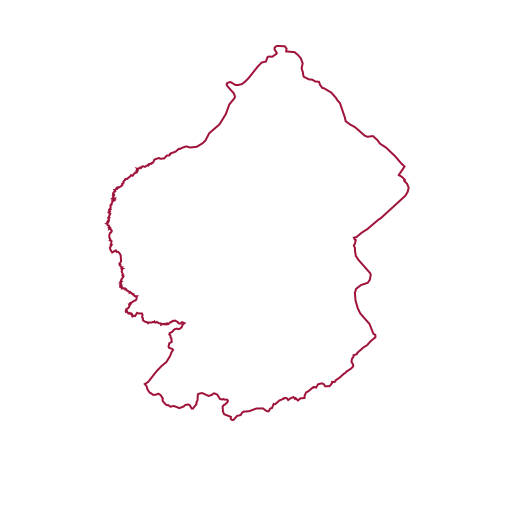 Khiri Mat, Sukhothai, Thailand, rotated 45°
{"feature_id": "78962969B829046276221", "entity_name": "Khiri Mat", "entity_type": "district", "adm_level": 2, "iso_a3": "THA", "parent_name": "Thailand", "parent_adm1": "Sukhothai", "projection": "natural_earth1", "projection_center": [99.689, 16.826], "detail": "fine", "context": "isolated", "style": "outline", "palette": "rose", "viewbox_px": 512, "rotation_deg": 45, "n_neighbors": 0, "source": "geoboundaries", "source_scale": "gbopen_adm2", "svg_char_len": 6118}
<svg xmlns="http://www.w3.org/2000/svg" viewBox="0 0 512 512"><g transform="rotate(45 256 256)"><path d="M109.8,304.9L109.9,305.4L110.3,305.4L110.3,306.5L109.4,306.4L109.9,308.9L109.3,309.4L110.7,309.9L110.3,310.7L110.6,312.8L111.2,313.3L112.3,312.9L112.8,313.7L112.2,314.5L113.7,315.3L113.7,317.2L114.8,316.6L115.6,315.3L115.9,316.6L116.6,316.3L116.5,317.3L115.4,318.6L116.4,319.6L117.0,321.6L117.6,321.9L117.3,323.2L119.1,324.6L119.3,326.1L119.9,326.0L119.4,327.0L119.6,327.5L120.7,327.6L120.8,328.9L121.6,328.3L121.9,329.3L122.5,329.8L123.2,329.4L124.4,333.0L125.0,332.8L124.8,333.7L125.8,334.0L126.2,334.7L126.7,334.6L127.3,335.8L126.5,335.8L126.6,336.7L127.0,337.3L127.6,336.9L127.9,337.8L127.6,338.6L128.0,338.4L129.3,339.1L130.6,338.5L131.5,338.9L131.7,340.0L132.5,339.7L133.0,340.6L133.4,339.3L134.4,340.0L136.2,340.1L136.9,341.7L136.5,342.4L136.6,343.4L138.0,345.5L139.5,346.8L141.1,347.1L141.5,348.3L143.2,347.6L145.0,349.8L145.3,351.0L145.8,351.2L146.2,350.7L146.9,353.5L148.9,354.6L151.8,355.2L152.9,351.2L154.5,351.7L155.4,350.6L157.1,350.5L159.8,351.2L164.5,355.3L164.9,358.2L165.8,358.7L166.3,358.2L166.7,358.9L169.0,359.1L169.3,358.7L169.8,359.6L170.5,359.2L170.2,360.0L170.9,359.8L171.7,361.7L175.1,363.3L175.2,363.9L175.8,363.6L176.0,364.2L176.8,364.2L177.4,367.7L177.8,368.8L178.3,368.8L178.6,370.6L179.0,370.1L179.0,371.0L179.9,370.9L181.2,371.6L180.7,372.2L181.7,372.3L181.2,373.2L181.7,373.9L183.6,373.0L184.0,373.6L184.3,372.9L184.8,373.1L186.2,371.6L187.2,372.2L187.7,371.3L189.3,371.7L191.6,370.8L192.5,371.4L192.6,370.4L194.0,370.5L195.1,370.0L195.5,370.4L196.5,370.2L196.6,369.7L198.4,370.2L200.1,368.8L200.0,369.6L201.2,369.9L202.1,371.4L202.2,372.6L201.4,374.0L201.1,376.6L200.4,377.8L201.1,378.3L200.6,378.8L201.0,379.3L200.5,379.9L201.7,380.3L201.8,381.3L202.4,381.8L202.4,384.0L201.8,385.2L202.8,386.9L203.5,386.3L203.9,387.2L204.4,386.5L206.4,386.9L207.0,385.5L208.1,385.9L208.6,384.7L210.0,384.9L210.2,385.6L211.4,386.2L212.1,384.6L213.0,383.9L212.1,380.3L213.4,379.8L216.0,377.3L217.3,377.8L218.8,379.8L220.2,380.0L221.0,381.1L221.9,381.4L224.4,380.8L225.7,379.8L227.2,379.9L227.2,378.8L229.3,376.8L229.7,375.5L230.8,374.9L230.6,374.1L231.6,374.3L232.3,373.9L232.6,372.6L234.6,372.4L236.4,371.0L237.0,370.9L237.6,371.6L238.1,370.0L239.2,369.4L239.1,368.8L240.0,367.9L240.3,368.3L241.0,367.8L240.8,366.6L241.7,366.8L242.1,366.3L242.3,363.2L242.9,362.7L242.9,360.7L243.8,360.1L244.4,358.9L247.6,358.0L248.9,358.4L250.6,356.9L250.3,355.8L250.6,355.0L252.9,354.1L252.7,356.4L253.8,359.0L253.7,360.7L252.9,362.6L251.4,363.3L250.5,364.9L250.1,366.3L250.4,369.0L249.5,371.5L250.2,372.8L251.5,372.7L253.5,374.1L254.3,374.0L257.2,376.4L256.4,379.0L258.2,381.9L259.5,382.4L262.3,381.0L263.8,381.1L264.4,384.1L265.9,387.2L267.6,394.3L267.0,401.0L267.2,408.0L268.8,421.3L267.9,425.2L270.3,425.3L274.0,427.2L277.7,427.8L278.9,427.2L281.2,427.1L283.1,425.2L284.3,422.4L287.0,421.8L291.0,422.7L291.4,423.7L292.9,424.6L297.0,424.8L298.6,424.4L299.4,423.5L302.0,423.1L303.9,420.2L309.4,417.7L311.2,413.7L311.4,411.3L313.0,408.9L314.7,408.4L318.5,409.3L319.3,408.6L318.6,402.7L317.6,402.0L316.5,399.1L313.2,395.6L312.7,394.5L313.9,392.2L315.0,390.9L321.4,388.5L323.0,385.5L323.1,383.6L323.8,382.5L326.7,381.4L331.8,382.6L333.7,381.2L334.1,380.2L335.0,380.0L337.0,378.1L338.1,378.0L338.8,378.5L339.2,380.2L339.1,383.1L338.6,384.1L338.9,386.1L342.5,389.3L345.4,390.4L352.0,387.5L353.3,389.1L355.2,388.8L356.0,387.6L355.7,382.4L357.6,379.4L357.0,376.5L357.3,374.8L360.9,370.6L364.1,363.6L368.6,358.9L373.3,358.1L374.5,357.2L374.7,356.4L373.9,354.0L374.8,352.2L373.1,348.1L374.3,347.4L374.7,341.7L376.5,337.3L376.2,337.0L377.1,335.6L378.3,334.8L380.6,335.1L380.9,332.8L382.2,329.3L384.6,329.5L384.5,328.5L387.8,328.5L388.1,325.2L390.7,322.1L389.1,320.3L387.9,317.0L388.7,314.3L389.2,308.4L389.7,308.4L390.0,307.2L391.5,306.6L390.6,302.8L392.6,299.5L394.4,298.7L397.1,299.2L399.8,296.3L400.1,295.4L399.6,292.1L398.8,291.3L400.6,289.7L400.6,287.9L400.2,287.5L401.1,283.2L401.4,277.1L401.9,275.6L401.6,274.2L402.8,268.6L402.8,265.4L401.6,264.2L398.3,263.3L396.5,260.7L396.3,258.5L395.1,257.2L396.7,254.2L396.1,252.7L396.6,244.9L397.6,240.4L397.3,235.0L397.9,229.0L396.1,227.4L394.0,228.0L384.3,223.8L370.4,222.9L365.1,221.1L358.0,217.2L352.0,212.2L350.0,208.4L350.8,202.3L354.0,195.9L353.3,192.4L350.5,188.2L348.8,187.4L331.2,186.3L326.6,185.4L321.7,181.9L320.7,180.6L317.7,179.3L317.3,177.5L315.3,174.2L314.1,174.5L312.3,173.8L313.6,171.8L314.3,164.5L315.7,158.5L316.9,143.5L317.5,141.3L319.0,107.7L317.8,103.2L315.7,99.8L311.8,98.1L307.6,98.0L307.5,96.9L303.2,96.9L299.7,97.8L297.8,87.7L292.9,87.8L284.1,87.1L271.2,87.4L264.2,88.9L259.9,88.2L253.9,88.5L250.5,92.9L247.9,94.0L235.0,94.9L229.3,96.5L224.1,97.3L220.6,95.1L207.4,88.6L202.3,88.2L201.4,87.7L193.8,87.2L185.5,89.3L184.1,90.3L180.3,89.7L177.4,88.3L174.3,90.8L171.1,91.5L168.7,93.6L163.4,95.4L162.2,95.2L159.2,92.9L155.6,91.1L152.8,86.8L147.8,84.5L143.4,84.2L139.1,84.6L132.7,90.0L130.9,87.7L128.0,87.4L122.5,92.4L121.8,94.1L122.0,95.8L123.0,96.8L127.1,97.7L127.5,98.5L126.6,103.6L124.0,105.9L123.5,107.2L125.5,111.4L123.2,115.3L123.3,121.1L125.0,135.7L125.0,140.6L124.4,144.5L122.6,147.6L120.6,149.6L115.0,151.0L113.7,153.1L113.4,154.6L114.1,155.6L115.6,156.1L125.5,156.7L128.3,158.1L129.1,159.3L130.0,167.8L134.3,176.9L137.1,188.8L136.1,202.2L138.6,210.2L138.5,214.1L136.9,220.6L132.9,225.7L129.2,227.8L127.2,231.8L126.5,234.2L125.6,234.8L125.4,238.9L123.0,244.1L123.0,244.6L123.5,244.8L123.5,246.3L121.9,248.1L122.1,251.9L119.6,254.9L118.0,255.4L116.3,258.9L116.1,260.5L116.8,261.4L117.1,263.5L116.4,264.0L116.7,265.0L115.8,265.9L115.9,267.7L115.3,267.5L115.4,268.7L114.7,269.5L114.7,270.8L114.3,271.6L112.8,272.3L112.3,273.3L112.4,275.1L111.7,275.2L112.0,275.8L111.0,276.9L110.9,278.1L110.3,278.4L111.2,278.6L110.8,279.3L111.0,279.9L112.1,279.7L112.3,280.6L111.9,281.5L112.4,281.5L111.5,283.7L112.1,286.5L110.5,287.1L110.8,289.1L110.4,290.8L110.5,292.5L109.4,293.6L109.2,294.6L109.7,295.0L109.6,297.1L110.6,298.0L110.3,299.4L111.3,300.0L111.0,300.9L111.4,301.5L110.6,304.4L109.8,304.9Z" fill="none" stroke="#9f1239" stroke-width="2"/></g></svg>